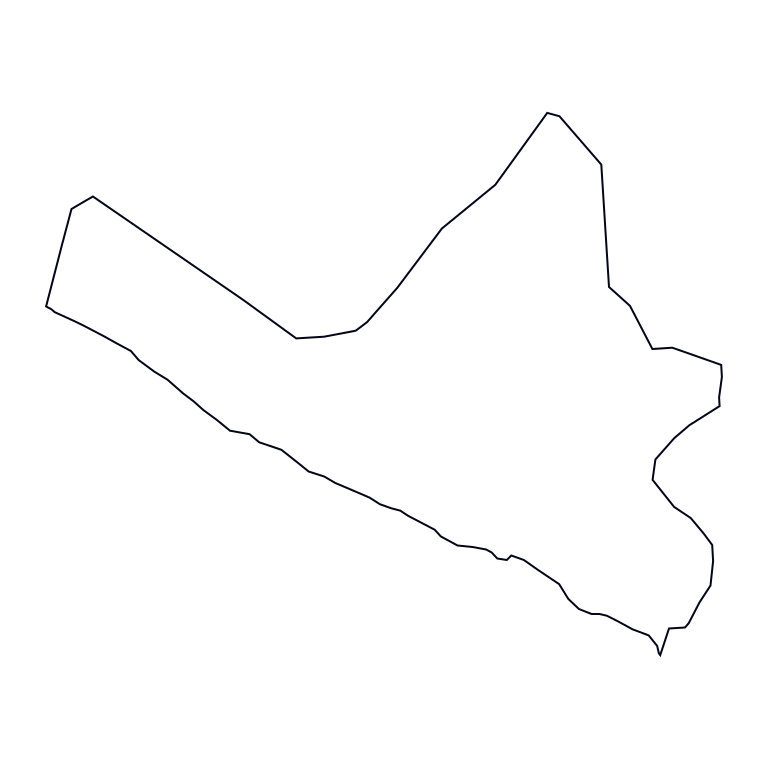 outline of Qina, Qina, Egypt
{"feature_id": "37247803B63367317087021", "entity_name": "Qina", "entity_type": "district", "adm_level": 2, "iso_a3": "EGY", "parent_name": "Egypt", "parent_adm1": "Qina", "projection": "orthographic", "projection_center": [32.712, 26.165], "detail": "fine", "context": "isolated", "style": "outline", "palette": "ink", "viewbox_px": 768, "rotation_deg": 0, "n_neighbors": 0, "source": "geoboundaries", "source_scale": "gbopen_adm2", "svg_char_len": 1423}
<svg xmlns="http://www.w3.org/2000/svg" viewBox="0 0 768 768"><path d="M719.6,406.1L719.1,397.4L721.9,377.0L721.2,364.9L672.3,347.7L652.4,349.0L630.0,305.9L613.6,291.1L609.0,287.0L601.3,164.6L559.4,116.2L547.2,112.9L544.5,116.7L495.3,184.8L441.9,228.5L397.3,287.8L374.7,313.4L367.2,322.0L365.0,323.7L364.3,324.2L363.7,324.7L355.7,330.7L324.1,336.7L296.2,338.4L243.6,300.2L92.9,196.5L85.1,201.0L76.6,206.0L71.5,209.0L64.0,237.2L63.2,240.4L62.5,242.8L46.1,306.5L51.3,309.2L54.8,312.2L74.5,321.2L83.0,325.3L104.2,336.4L115.8,342.9L130.9,351.0L138.7,360.1L154.4,371.7L167.5,379.7L183.1,393.4L193.7,401.4L203.3,410.0L216.4,419.6L230.0,430.7L249.6,434.2L259.2,442.3L281.4,449.8L298.0,462.9L308.6,471.5L324.2,476.5L335.3,483.0L354.4,491.1L369.5,497.6L379.9,504.2L391.0,508.2L400.5,510.7L401.2,511.2L401.9,511.7L408.1,515.8L434.8,529.8L440.8,536.4L445.7,539.1L445.8,539.1L457.5,545.5L472.6,547.0L486.2,549.5L491.7,552.5L497.3,558.5L506.8,560.0L511.3,555.5L523.9,560.0L537.5,569.6L559.2,584.2L568.3,598.9L578.9,609.0L591.5,614.0L599.5,614.0L606.8,615.7L617.9,621.3L632.5,629.3L648.7,635.4L657.2,646.0L658.8,653.1L660.2,655.1L660.3,654.8L660.4,654.5L662.2,649.1L666.2,637.0L669.0,628.5L685.0,627.5L688.7,623.2L699.5,602.4L710.5,585.5L713.1,561.1L712.2,545.0L703.6,533.4L690.7,518.0L674.1,506.9L652.6,479.9L653.4,473.9L655.4,459.5L674.2,438.2L689.4,425.2L707.1,414.0L719.6,406.1Z" fill="none" stroke="#020617" stroke-width="2"/></svg>